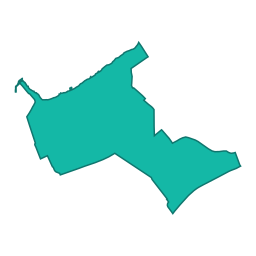 Bab Sharqi, Al Iskandariyah, Egypt
{"feature_id": "37247803B50327552497363", "entity_name": "Bab Sharqi", "entity_type": "district", "adm_level": 2, "iso_a3": "EGY", "parent_name": "Egypt", "parent_adm1": "Al Iskandariyah", "projection": "albers", "projection_center": [29.912, 31.205], "detail": "fine", "context": "isolated", "style": "filled", "palette": "teal", "viewbox_px": 256, "rotation_deg": 0, "n_neighbors": 0, "source": "geoboundaries", "source_scale": "gbopen_adm2", "svg_char_len": 4859}
<svg xmlns="http://www.w3.org/2000/svg" viewBox="0 0 256 256"><path d="M60.3,174.9L78.2,168.6L84.7,166.2L95.0,162.7L103.1,159.5L108.8,156.8L114.8,153.3L151.3,177.5L152.1,179.5L167.2,199.0L166.7,199.3L168.6,202.0L167.8,203.1L167.5,204.0L167.4,204.8L167.4,205.5L167.7,206.4L168.0,207.0L171.3,211.5L172.6,213.3L172.8,213.6L174.7,211.1L180.2,204.6L188.0,196.0L189.0,195.0L193.9,190.6L195.4,189.5L197.2,188.2L199.0,187.1L203.4,184.7L217.9,177.2L229.0,171.3L230.8,170.5L236.3,168.4L240.6,166.1L239.8,165.0L235.2,152.5L233.6,153.0L231.0,153.3L228.7,152.5L226.3,151.0L223.7,151.0L219.2,151.6L214.9,151.7L212.2,151.0L208.5,148.9L198.0,141.5L195.2,140.0L188.6,137.7L185.7,137.0L182.7,137.8L179.8,139.1L176.9,140.9L172.4,143.2L171.6,141.9L169.0,138.2L167.3,136.3L162.2,130.4L161.5,129.8L154.4,135.7L154.1,126.7L154.0,109.6L152.8,108.0L151.5,106.7L148.4,104.3L143.8,100.3L145.3,98.6L142.5,95.7L136.0,89.9L133.7,87.9L133.1,88.3L132.3,87.5L131.5,85.4L131.7,83.6L132.1,76.4L131.3,72.5L131.1,68.5L146.2,58.0L148.1,56.8L141.6,46.6L138.7,42.4L138.4,43.1L138.1,43.8L137.8,44.2L137.6,44.7L136.7,45.8L136.2,46.4L135.3,47.6L134.8,48.1L134.0,48.7L133.1,49.2L132.6,49.3L131.3,49.6L130.4,50.1L129.0,50.7L127.0,51.3L125.5,52.1L124.7,52.5L124.3,52.6L123.9,53.0L123.7,53.4L123.2,54.0L122.9,54.2L122.7,54.4L120.6,55.8L119.0,57.2L118.6,57.5L117.9,57.8L117.3,57.9L116.9,58.1L116.3,58.2L116.0,58.3L115.7,58.5L115.3,59.0L114.0,60.7L113.3,61.2L112.8,61.7L112.5,62.0L112.3,62.5L111.9,63.0L111.5,63.4L109.2,64.7L106.8,65.1L104.6,66.8L102.1,68.9L101.9,69.5L101.6,69.9L101.2,70.4L100.5,71.1L99.4,71.8L99.2,71.5L98.9,71.3L98.5,71.3L98.2,71.5L98.0,71.8L97.9,72.2L98.0,72.6L97.4,72.9L96.4,73.4L95.9,73.7L95.5,74.0L95.3,74.8L93.5,76.1L92.4,76.7L91.7,77.2L91.3,77.3L91.1,77.3L90.8,77.0L90.7,76.7L90.5,76.9L90.4,77.1L90.5,77.3L90.7,77.6L90.7,77.8L89.4,78.5L89.0,78.9L88.5,79.1L88.2,79.1L87.9,79.1L87.3,79.3L86.3,79.8L85.9,80.2L84.9,80.7L84.5,81.0L84.0,81.5L83.4,81.9L83.1,82.3L82.5,82.7L82.1,83.1L81.5,83.4L80.9,83.6L80.6,83.8L80.0,84.3L79.6,84.8L79.5,85.0L79.2,85.3L78.8,85.8L78.4,86.1L76.3,87.2L75.3,88.0L74.2,88.6L73.4,89.1L72.7,89.4L72.3,89.6L71.6,89.9L71.4,89.3L71.8,89.1L71.7,87.6L71.6,87.4L71.3,87.4L71.1,87.4L70.9,87.6L70.9,88.0L70.1,88.1L70.2,88.5L69.9,88.5L70.1,89.6L71.1,89.3L71.4,90.0L71.2,90.1L70.9,90.2L70.4,90.5L69.9,90.5L69.4,90.8L68.6,91.1L67.7,91.2L67.2,91.6L67.0,91.9L66.9,91.9L66.7,91.9L66.5,92.1L65.8,92.5L64.4,92.7L63.7,92.7L62.6,93.1L61.4,93.2L61.0,93.3L60.6,93.1L60.5,93.5L60.4,93.7L60.1,93.9L59.8,94.0L59.2,94.0L59.1,94.7L58.7,95.3L58.2,95.8L57.0,96.5L55.7,97.2L55.0,97.5L54.1,97.6L52.6,98.2L52.2,98.4L51.2,98.8L50.8,98.9L50.4,99.1L48.7,99.6L48.2,99.7L47.6,99.8L46.6,99.7L45.1,99.8L43.9,99.8L43.0,99.8L42.5,99.8L42.4,99.8L41.9,99.4L41.4,98.9L40.1,97.4L40.0,97.2L39.9,96.9L39.5,96.4L39.2,95.7L38.9,95.1L38.6,94.9L38.5,94.6L38.1,94.2L37.6,93.9L37.4,93.7L36.7,93.5L36.5,93.1L36.5,92.9L36.3,92.8L36.1,92.9L35.8,92.9L35.6,92.8L34.9,92.4L34.1,91.9L34.0,90.9L34.0,90.7L33.9,90.9L33.8,91.4L33.8,91.5L33.7,91.4L32.6,90.9L32.3,90.7L32.1,90.6L31.6,90.3L31.3,90.0L30.5,89.7L29.7,89.1L29.2,88.5L28.9,88.3L28.5,87.6L28.3,87.1L28.2,86.5L28.2,86.3L28.0,86.2L27.7,86.3L27.3,86.2L26.5,85.3L26.4,85.1L26.5,84.9L26.4,84.7L26.2,84.5L25.9,84.2L25.9,83.9L25.6,83.5L25.4,83.3L25.2,83.2L25.1,82.9L24.9,82.7L25.0,82.6L24.9,82.5L24.6,82.6L24.3,82.4L24.1,81.9L23.9,81.8L23.8,81.6L23.5,81.4L23.2,81.1L23.1,80.9L22.7,80.4L22.4,80.5L22.6,80.8L22.7,81.2L22.3,81.1L21.9,81.0L21.1,81.2L20.9,81.1L20.8,81.3L20.6,81.4L20.6,81.7L20.3,81.9L20.2,81.9L20.2,82.0L20.1,82.4L20.0,82.5L20.0,82.9L18.3,84.4L18.2,84.4L18.1,84.1L18.4,83.6L18.5,83.3L18.7,83.1L18.8,82.9L18.8,82.5L18.9,81.9L19.0,81.5L19.3,80.9L19.5,80.7L19.7,80.8L19.8,80.8L20.0,80.7L20.1,80.3L20.3,80.3L20.4,80.1L20.9,79.9L21.0,80.0L21.2,79.7L21.3,79.7L21.5,79.5L21.7,79.4L21.9,79.3L21.9,79.5L22.1,79.9L22.2,80.2L22.2,80.3L22.2,80.5L22.3,80.4L22.3,80.0L22.1,79.4L22.1,79.1L22.1,78.9L22.3,78.6L22.3,78.4L22.2,78.4L22.0,78.6L21.8,78.7L21.7,78.9L21.5,79.0L21.3,79.1L21.3,79.3L21.1,79.4L20.4,79.8L19.7,80.4L19.6,80.5L19.4,80.4L19.3,80.5L19.0,80.9L18.7,81.3L18.4,82.1L18.5,82.3L18.4,82.5L18.3,83.0L17.9,83.8L17.7,84.1L17.6,84.3L17.7,84.5L17.3,85.0L16.4,85.8L16.1,86.1L15.8,86.2L15.6,86.8L15.6,88.2L15.7,88.7L15.5,89.2L15.5,89.8L15.4,90.4L15.5,90.7L15.4,90.9L15.4,91.4L15.5,91.5L15.5,92.0L15.9,92.0L16.1,91.9L16.0,91.7L16.1,90.0L16.1,89.8L16.0,89.5L16.1,87.9L16.1,86.8L18.5,84.5L19.9,83.3L20.0,83.2L20.2,83.3L20.6,84.0L21.2,84.7L22.4,86.0L25.4,89.7L28.6,93.5L28.8,93.6L29.5,93.7L29.7,93.9L33.3,98.1L34.4,99.4L34.7,99.9L35.2,101.9L35.2,102.2L33.7,105.2L32.7,106.8L31.4,109.4L29.3,113.0L26.8,116.8L27.6,119.3L29.5,125.3L35.4,143.2L35.1,143.5L34.8,144.0L34.8,144.5L34.9,145.0L35.5,146.3L35.9,147.1L40.5,158.9L47.4,155.7L52.4,166.7L53.3,167.4L54.3,169.9L54.8,170.8L56.0,171.9L57.6,172.5L59.7,173.4L60.3,174.9Z" fill="#14b8a6" stroke="#0f766e" stroke-width="1.5"/></svg>